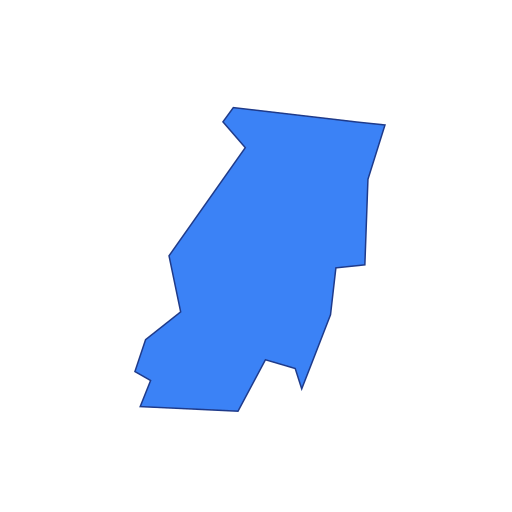 Budi, Eastern Equatoria, South Sudan, rotated 236°
{"feature_id": "79223893B70583427213056", "entity_name": "Budi", "entity_type": "district", "adm_level": 2, "iso_a3": "SSD", "parent_name": "South Sudan", "parent_adm1": "Eastern Equatoria", "projection": "natural_earth1", "projection_center": [33.404, 4.372], "detail": "fine", "context": "isolated", "style": "filled", "palette": "blue", "viewbox_px": 512, "rotation_deg": 236, "n_neighbors": 0, "source": "geoboundaries", "source_scale": "gbopen_adm2", "svg_char_len": 420}
<svg xmlns="http://www.w3.org/2000/svg" viewBox="0 0 512 512"><g transform="rotate(236 256 256)"><path d="M292.5,436.2L311.2,413.9L391.7,320.2L385.7,303.6L351.8,307.7L304.8,184.0L251.8,162.3L248.4,117.7L227.9,91.0L211.7,99.0L195.9,75.8L137.4,154.3L164.7,205.8L140.8,225.6L120.3,219.6L135.3,241.3L165.6,284.9L201.5,315.6L187.8,341.3L257.0,391.7L292.5,436.2Z" fill="#3b82f6" stroke="#1e3a8a" stroke-width="1.5"/></g></svg>